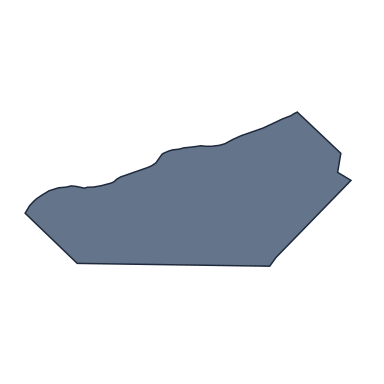 Massac, Illinois, United States of America, rotated 134°
{"feature_id": "52423323B63666596327818", "entity_name": "Massac", "entity_type": "district", "adm_level": 2, "iso_a3": "USA", "parent_name": "United States of America", "parent_adm1": "Illinois", "projection": "equal_earth", "projection_center": [-88.699, 37.201], "detail": "fine", "context": "isolated", "style": "filled", "palette": "slate", "viewbox_px": 384, "rotation_deg": 134, "n_neighbors": 0, "source": "geoboundaries", "source_scale": "gbopen_adm2", "svg_char_len": 736}
<svg xmlns="http://www.w3.org/2000/svg" viewBox="0 0 384 384"><g transform="rotate(134 192 192)"><path d="M279.2,288.8L281.5,290.8L290.2,295.6L298.5,297.8L304.6,299.1L308.8,299.4L314.7,299.3L323.2,297.3L323.1,225.0L191.4,84.6L180.7,86.1L73.2,85.7L76.7,100.9L60.8,111.8L61.4,171.8L65.7,173.3L68.0,173.7L76.4,177.6L96.4,185.2L117.0,195.6L125.4,199.0L134.5,201.9L139.5,204.8L145.7,209.8L150.2,214.6L152.3,217.5L158.6,222.4L166.0,228.6L170.2,231.1L175.0,235.1L178.5,237.1L183.7,239.3L185.6,239.8L196.2,238.2L201.3,239.3L205.0,240.8L230.7,253.8L234.8,255.0L239.2,255.3L242.0,256.5L250.7,261.8L256.9,266.3L261.2,270.5L264.0,272.1L268.5,279.3L271.5,283.1L275.9,285.9L279.2,288.8Z" fill="#64748b" stroke="#1e293b" stroke-width="1.5"/></g></svg>